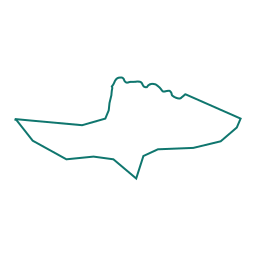 Patience, Praslin, Saint Lucia (Robinson projection)
{"feature_id": "8701671B25474950387418", "entity_name": "Patience", "entity_type": "district", "adm_level": 2, "iso_a3": "LCA", "parent_name": "Saint Lucia", "parent_adm1": "Praslin", "projection": "robinson", "projection_center": [-60.908, 13.85], "detail": "fine", "context": "isolated", "style": "outline", "palette": "teal", "viewbox_px": 256, "rotation_deg": 0, "n_neighbors": 0, "source": "geoboundaries", "source_scale": "gbopen_adm2", "svg_char_len": 4451}
<svg xmlns="http://www.w3.org/2000/svg" viewBox="0 0 256 256"><path d="M111.8,86.5L112.1,87.0L112.2,87.4L112.3,88.1L111.8,90.7L111.5,93.6L111.4,95.1L109.5,103.0L108.9,108.8L108.7,110.4L105.3,118.6L82.1,125.2L29.2,120.4L15.6,119.1L15.4,119.7L16.5,120.1L32.7,140.7L66.4,159.3L93.5,156.6L113.4,159.3L136.2,178.5L143.4,156.0L157.9,149.3L193.3,147.9L220.7,141.3L236.8,127.5L240.6,118.6L185.5,94.3L185.1,94.4L185.0,94.6L184.8,94.8L184.6,94.9L184.5,95.0L184.3,95.1L184.2,95.2L184.0,95.4L183.8,95.6L183.7,95.7L183.5,95.8L183.4,96.0L183.2,96.1L182.9,96.4L182.7,96.5L182.4,96.8L182.2,96.9L182.1,97.0L181.9,97.1L181.6,97.4L181.5,97.5L181.3,97.7L181.1,97.8L181.0,98.0L180.9,98.1L180.7,98.2L180.5,98.3L180.3,98.3L180.1,98.4L179.8,98.4L179.5,98.5L179.3,98.5L179.1,98.5L178.9,98.5L178.6,98.4L178.4,98.4L178.2,98.4L177.8,98.3L177.6,98.3L177.3,98.2L177.2,98.1L176.8,98.0L176.6,98.0L176.5,97.9L176.3,97.9L176.1,97.8L175.9,97.7L175.7,97.7L175.4,97.5L175.2,97.4L174.8,97.2L174.6,97.1L174.3,97.0L174.1,96.9L173.8,96.7L173.7,96.5L173.5,96.4L173.3,96.3L173.2,96.2L172.8,96.0L172.7,95.9L172.4,95.6L172.2,95.5L172.1,95.3L172.0,95.1L171.9,95.0L171.8,94.7L171.7,94.5L171.7,94.3L171.7,94.1L171.6,93.9L171.6,93.7L171.5,93.3L171.4,93.1L171.3,92.8L171.2,92.6L171.1,92.4L170.8,92.1L170.7,91.9L170.4,91.6L170.1,91.3L170.0,91.2L169.8,91.0L169.7,90.9L169.3,90.8L169.1,90.8L168.9,90.8L168.7,90.8L168.4,90.8L168.2,90.8L167.8,90.9L167.6,90.9L167.4,90.9L167.2,91.0L166.9,91.0L166.7,91.0L166.4,91.1L166.2,91.1L165.9,91.2L165.7,91.2L165.5,91.3L165.3,91.3L165.1,91.4L164.9,91.4L164.8,91.5L164.6,91.5L164.4,91.5L164.1,91.5L163.9,91.5L163.7,91.5L163.3,91.5L163.1,91.5L162.9,91.3L162.7,91.2L162.4,91.0L162.3,90.9L162.1,90.7L161.9,90.4L161.7,90.2L161.5,89.9L161.4,89.7L161.2,89.5L161.1,89.3L160.9,89.1L160.8,88.9L160.7,88.8L160.5,88.6L160.4,88.4L160.1,88.1L159.9,87.9L159.7,87.6L159.5,87.4L159.3,87.3L159.1,87.1L158.9,86.9L158.6,86.7L158.4,86.5L158.3,86.4L158.1,86.2L157.9,86.1L157.6,85.9L157.5,85.7L157.3,85.6L157.2,85.5L157.0,85.4L156.9,85.3L156.7,85.1L156.4,84.9L156.2,84.8L156.1,84.7L155.9,84.6L155.7,84.5L155.4,84.4L155.2,84.3L155.0,84.2L154.8,84.2L154.6,84.2L154.4,84.1L154.2,84.1L153.8,84.0L153.7,84.0L153.3,84.0L153.1,83.9L152.9,83.9L152.7,83.9L152.3,83.9L152.1,83.9L151.9,83.9L151.7,83.9L151.3,84.0L151.1,84.0L150.9,84.0L150.7,84.1L150.4,84.2L150.2,84.4L149.7,84.4L149.6,84.6L149.4,84.7L149.2,84.8L148.8,85.0L148.6,85.1L148.5,85.3L148.3,85.4L148.1,85.5L147.8,85.9L147.7,86.1L147.4,86.5L147.2,86.8L147.0,87.0L146.9,87.1L146.7,87.1L146.3,87.2L146.1,87.2L145.9,87.2L145.7,87.2L145.4,87.2L145.2,87.1L144.8,87.0L144.7,86.9L144.3,86.8L144.2,86.7L143.8,86.5L143.7,86.4L143.6,86.2L143.4,86.0L143.3,85.9L143.2,85.7L143.0,85.4L142.9,85.2L142.7,84.8L142.6,84.7L142.4,84.3L142.3,84.1L142.2,83.9L142.2,83.7L142.0,83.4L141.9,83.2L141.7,83.0L141.6,82.8L141.5,82.7L141.3,82.6L141.2,82.4L140.8,82.2L140.7,82.1L140.3,81.9L140.1,81.8L139.8,81.8L139.6,81.7L139.4,81.7L139.2,81.7L138.8,81.7L138.6,81.7L138.3,81.5L138.1,81.5L137.9,81.5L137.7,81.5L137.3,81.5L137.1,81.5L136.8,81.6L136.6,81.6L136.4,81.7L136.2,81.7L135.8,81.7L135.6,81.8L135.4,81.8L135.2,81.8L134.8,81.8L134.6,81.8L134.4,81.8L134.2,81.8L133.8,81.9L133.6,81.9L133.4,81.9L133.2,81.9L132.8,81.9L132.5,81.9L132.4,81.9L132.2,81.9L131.8,81.9L131.6,81.9L131.4,81.9L131.2,81.9L130.8,81.9L130.6,81.9L130.2,81.9L130.0,82.0L129.8,82.0L129.7,82.0L129.3,82.1L129.0,82.2L128.8,82.2L128.6,82.3L128.4,82.4L128.1,82.5L127.9,82.5L127.6,82.6L127.4,82.6L127.2,82.6L126.8,82.6L126.6,82.6L126.3,82.5L126.1,82.4L125.9,82.3L125.8,82.2L125.6,82.1L125.3,81.8L125.2,81.7L124.9,81.4L124.7,81.2L124.5,80.9L124.4,80.7L124.2,80.3L124.2,80.2L124.0,79.7L123.9,79.4L123.8,79.2L123.7,79.0L123.6,78.8L123.4,78.7L123.2,78.4L122.9,78.1L122.7,78.0L122.6,77.9L122.4,77.8L122.2,77.7L121.9,77.6L121.7,77.5L121.4,77.5L121.2,77.5L120.8,77.5L120.6,77.5L120.4,77.5L120.2,77.5L119.9,77.6L119.7,77.6L119.3,77.6L119.1,77.7L118.9,77.7L118.7,77.7L118.5,77.8L118.4,77.8L118.2,77.9L118.0,78.0L117.8,78.0L117.7,78.1L117.3,78.3L117.2,78.4L117.0,78.5L116.8,78.6L116.7,78.8L116.4,79.0L116.2,79.2L116.1,79.4L115.9,79.5L115.7,79.9L115.5,80.1L115.4,80.3L115.2,80.5L115.0,80.9L114.9,81.1L114.8,81.3L114.7,81.5L114.5,81.9L114.5,82.1L114.4,82.3L114.2,82.7L114.1,82.9L114.0,83.1L113.9,83.3L113.8,83.5L113.7,83.7L113.6,83.9L113.5,84.1L113.4,84.3L113.2,84.6L113.1,84.8L113.0,85.0L112.9,85.1L112.7,85.3L112.6,85.5L112.4,85.8L112.2,86.0L111.9,86.3L111.8,86.5Z" fill="none" stroke="#0f766e" stroke-width="2"/></svg>